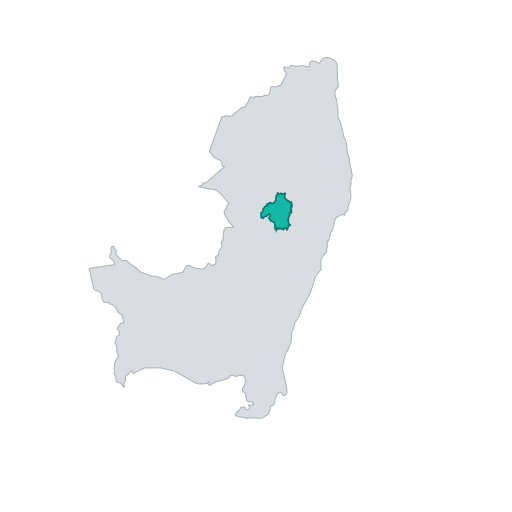 location of Satipo, Junín, Peru, rotated 229°
{"feature_id": "86281439B96037862179795", "entity_name": "Satipo", "entity_type": "district", "adm_level": 2, "iso_a3": "PER", "parent_name": "Peru", "parent_adm1": "Junín", "projection": "mercator", "projection_center": [-74.176, -11.56], "detail": "fine", "context": "in_parent", "style": "filled", "palette": "teal", "viewbox_px": 512, "rotation_deg": 229, "n_neighbors": 0, "source": "geoboundaries", "source_scale": "gbopen_adm2", "svg_char_len": 8832}
<svg xmlns="http://www.w3.org/2000/svg" viewBox="0 0 512 512"><g transform="rotate(229 256 256)"><path d="M357.7,152.9L357.5,154.2L355.9,154.9L354.4,153.9L352.2,154.2L348.8,151.2L340.9,151.7L337.4,155.2L332.1,156.0L326.3,157.6L319.8,158.3L309.6,164.0L307.2,166.4L302.6,169.7L298.8,170.9L296.9,181.2L293.2,187.3L291.8,190.6L293.8,195.6L293.8,198.1L291.7,200.1L290.0,200.3L286.5,202.4L281.2,207.0L280.3,210.5L282.0,215.2L281.4,215.7L277.1,216.6L277.2,219.2L276.3,220.2L280.0,223.9L282.0,224.8L282.1,225.7L281.8,226.7L281.0,227.1L280.9,227.9L283.5,230.7L285.5,236.3L289.3,239.0L289.3,240.8L290.4,242.5L292.4,243.9L297.0,249.5L297.1,252.1L292.3,258.0L300.3,258.0L309.0,260.0L310.3,261.0L311.3,263.7L311.4,265.4L313.2,266.8L313.0,270.1L324.6,270.2L332.0,269.3L344.1,259.4L346.1,258.5L345.1,260.7L344.9,262.3L345.6,264.0L344.1,266.4L344.0,290.7L346.2,289.4L349.1,291.7L351.1,291.9L357.8,289.1L365.5,289.5L383.5,321.5L381.9,323.6L382.0,325.3L379.8,326.7L377.6,329.3L377.5,342.0L375.6,345.9L376.7,347.9L377.7,352.0L379.3,354.4L379.7,356.0L379.6,356.6L377.0,358.0L376.9,360.3L372.4,364.9L371.6,368.0L369.9,369.0L369.6,372.5L373.7,378.2L371.1,381.6L368.7,386.7L372.8,397.3L374.4,398.9L376.2,398.8L378.9,399.7L380.3,401.3L377.0,403.3L376.5,404.2L376.7,407.7L373.1,410.3L368.3,417.1L367.0,417.4L364.5,419.4L364.1,420.5L364.5,421.4L366.6,423.4L366.8,425.9L363.3,428.9L360.9,429.3L360.0,430.1L361.0,434.2L361.0,436.1L360.2,438.3L358.5,440.7L353.3,443.2L348.6,443.7L340.5,437.5L338.0,434.9L330.0,429.6L328.8,424.1L326.1,421.4L321.2,419.4L317.3,416.6L314.4,415.3L307.3,409.1L300.7,407.1L288.5,400.6L281.9,398.4L273.4,392.4L268.9,390.7L265.2,387.9L254.1,381.9L252.4,380.0L250.7,377.0L248.2,375.2L245.5,371.2L241.4,368.8L237.4,365.6L232.5,357.2L230.2,355.2L230.1,351.4L228.5,349.6L230.8,348.4L232.4,342.4L231.6,339.4L225.9,331.4L224.9,328.1L220.8,322.0L219.3,318.3L216.0,315.6L214.7,313.3L212.8,312.3L212.7,309.5L211.5,304.2L209.7,301.5L203.2,296.4L202.5,291.0L201.1,287.2L192.0,271.9L186.8,257.2L182.4,249.0L180.6,244.3L180.4,241.8L177.1,237.5L175.4,233.5L168.0,225.9L163.7,217.4L163.2,214.9L160.3,210.3L155.6,204.2L153.2,201.8L139.1,194.3L132.4,189.8L131.7,187.4L132.0,186.1L133.5,184.8L135.5,185.8L136.7,185.4L137.7,183.7L137.7,181.2L136.4,178.0L131.9,171.8L133.1,168.9L128.5,161.7L129.6,154.7L130.6,152.9L137.5,145.8L139.4,142.7L142.3,140.8L145.3,138.0L148.9,135.8L149.9,136.5L151.0,140.3L150.8,142.9L151.8,145.7L149.3,148.3L146.6,147.7L145.6,148.4L145.2,149.6L145.6,151.5L146.3,152.3L148.3,152.4L145.6,156.1L145.8,156.8L147.7,157.5L149.5,156.6L151.5,154.4L152.6,154.1L159.5,157.8L162.7,157.3L165.2,159.1L165.5,161.7L168.9,166.9L174.1,168.2L174.9,167.7L176.1,165.8L177.2,165.5L177.5,162.6L181.9,159.5L182.6,157.4L182.0,155.9L182.1,154.7L184.7,147.9L185.5,147.2L186.3,145.0L187.3,143.6L188.8,136.0L190.0,136.0L191.2,137.8L192.6,137.4L191.8,135.6L192.1,135.0L197.0,128.9L198.6,127.6L222.4,119.1L234.3,110.5L244.7,98.3L248.0,86.1L249.2,87.0L251.2,86.7L250.5,81.7L251.0,79.4L250.9,78.7L247.7,75.7L246.3,72.5L243.5,70.7L243.6,70.0L246.6,70.6L249.4,70.3L251.7,68.3L253.4,68.5L257.3,71.3L260.2,71.5L261.2,73.5L264.0,74.9L268.0,79.2L269.8,83.8L269.6,84.6L271.4,87.0L275.3,88.2L279.1,91.6L283.1,92.6L284.9,95.7L286.0,96.7L286.6,98.4L285.9,100.5L286.5,101.6L289.5,103.4L292.0,103.5L292.6,104.4L294.0,109.4L293.0,112.0L293.4,113.4L296.7,114.6L297.7,115.7L300.3,116.0L304.1,114.9L308.7,116.4L312.3,115.9L313.9,115.5L315.6,114.3L317.0,114.4L320.7,111.1L321.7,110.9L325.6,112.3L328.8,114.5L332.9,114.1L334.5,112.7L337.5,112.0L342.8,114.7L343.9,116.0L345.4,116.2L351.0,118.9L352.1,120.0L355.1,121.1L355.7,121.9L355.5,122.9L342.2,143.7L346.3,145.5L350.1,144.4L352.1,145.8L353.6,149.2L356.6,151.4L357.7,152.9Z" fill="#d9dde1" stroke="#a8b0b8" stroke-width="1"/><path d="M265.0,288.8L264.4,288.7L264.0,288.6L263.8,288.3L263.6,288.2L263.6,287.9L263.4,287.8L262.7,288.1L262.6,288.3L262.4,288.2L262.2,288.1L262.4,288.4L262.2,288.8L262.4,289.2L262.3,289.4L262.4,289.5L262.5,289.6L262.9,289.7L263.1,289.6L263.7,289.8L263.8,290.0L263.4,290.5L263.0,290.8L262.9,290.7L262.6,290.7L262.4,290.9L262.0,290.9L261.9,291.0L261.8,290.9L261.6,290.9L261.3,290.8L261.2,291.2L261.3,292.0L261.0,292.0L260.9,292.2L260.9,292.3L260.7,292.3L260.7,292.5L260.4,292.5L260.0,292.8L259.9,292.9L259.9,293.1L259.7,293.1L259.4,293.1L259.3,293.3L259.1,293.4L259.2,293.6L258.9,293.7L258.7,293.9L258.3,294.0L258.4,294.4L258.3,294.5L258.1,294.4L258.2,294.7L258.0,295.0L258.2,295.4L258.4,295.3L258.5,295.5L258.3,295.6L258.4,296.1L257.9,296.2L257.7,296.5L256.9,296.7L256.0,296.6L255.5,296.8L255.3,296.6L255.2,296.9L255.3,297.1L255.5,297.3L255.7,297.5L256.2,298.0L256.3,298.1L256.5,298.2L256.3,298.5L256.2,298.7L256.7,299.3L256.8,299.5L257.0,299.8L257.2,300.0L257.5,300.1L257.6,300.3L257.9,300.4L257.9,300.6L257.1,300.9L257.3,301.2L257.1,301.3L257.0,301.6L256.7,301.9L256.7,302.1L256.8,302.3L257.1,302.3L257.4,302.2L257.6,302.0L257.6,301.8L257.7,301.7L257.9,301.4L258.0,301.4L258.6,301.7L258.8,301.8L259.1,302.1L259.4,302.3L259.5,302.4L259.8,302.6L260.0,302.6L260.3,302.8L260.5,302.9L260.9,302.8L261.0,303.1L261.3,303.0L261.5,303.0L261.8,303.2L261.7,303.5L261.9,304.1L262.1,304.4L262.3,304.2L262.7,304.1L262.8,304.3L263.0,304.5L263.2,304.9L263.4,304.9L263.4,305.5L263.5,305.8L263.5,306.0L263.8,306.2L263.8,306.4L264.0,306.6L264.2,306.8L264.1,307.1L264.4,307.4L264.3,307.6L264.3,307.9L264.5,308.0L264.6,308.5L264.9,308.7L265.3,308.6L265.6,308.6L265.8,308.8L265.8,309.0L266.1,309.4L266.5,309.3L266.5,309.5L266.4,309.6L266.2,309.8L266.3,310.2L266.3,310.6L266.2,310.8L265.4,310.8L265.3,311.0L265.7,311.4L266.1,311.5L266.3,311.5L266.5,311.8L266.7,311.6L266.8,311.7L267.0,311.8L267.3,311.9L267.2,312.1L267.5,312.0L267.6,312.5L267.9,312.5L268.0,312.7L268.0,312.8L267.9,312.9L267.9,313.0L268.1,313.3L268.3,313.2L269.0,313.9L269.3,313.9L269.3,314.1L269.1,314.2L269.1,314.3L269.2,314.5L269.4,314.5L269.5,314.6L269.3,314.8L269.4,315.1L269.6,315.1L269.7,315.5L270.0,315.9L270.1,315.7L270.3,315.8L270.5,315.7L270.5,315.9L270.6,316.1L270.9,316.0L271.2,316.4L271.4,316.4L271.4,316.7L271.7,316.6L271.8,316.8L272.0,316.8L271.9,317.0L272.0,317.1L271.9,317.2L272.0,317.3L272.3,317.3L272.5,317.3L272.6,317.6L272.8,317.6L273.0,317.5L273.4,317.8L273.5,317.6L273.8,317.9L273.9,318.0L274.1,317.7L274.3,317.6L274.4,316.9L275.2,316.8L275.3,316.7L275.6,316.5L275.9,316.8L276.4,316.9L276.6,316.7L276.6,316.4L276.8,316.1L277.1,316.0L277.4,315.9L277.6,315.7L277.9,315.7L278.4,316.2L278.7,316.0L278.9,315.9L279.2,316.0L279.5,316.0L279.8,315.8L280.4,315.6L280.5,315.9L281.0,316.0L281.2,316.3L281.4,316.4L281.7,316.6L282.0,316.5L282.4,316.7L282.6,317.3L283.2,317.9L283.2,318.0L283.3,318.4L283.3,318.5L283.7,318.9L283.9,318.8L284.3,318.9L284.3,319.1L284.5,319.1L284.6,318.9L284.7,318.7L284.7,317.6L285.0,316.8L285.3,316.8L285.5,316.5L286.0,316.3L286.5,316.3L287.1,316.0L287.1,315.6L287.3,314.9L287.6,314.3L287.9,314.2L288.1,314.1L288.5,314.0L289.2,313.9L289.2,313.7L289.4,313.4L288.8,313.2L288.4,313.0L288.6,312.7L288.3,312.4L288.5,312.0L288.5,311.5L288.4,311.2L288.0,311.4L288.0,311.2L287.7,311.0L287.7,310.9L287.9,310.7L287.6,310.3L287.6,309.9L287.4,309.8L287.2,309.7L286.7,308.9L286.6,308.6L286.2,308.3L285.5,308.1L285.3,308.1L284.9,307.7L284.8,307.4L284.8,306.8L284.8,306.4L285.0,306.2L285.0,305.8L284.8,305.3L284.2,304.5L284.3,304.1L284.8,303.2L285.2,302.7L286.4,302.1L286.6,301.9L286.6,301.7L286.9,301.6L287.4,301.5L287.4,300.9L286.9,300.2L287.1,299.7L287.3,299.6L287.4,299.3L287.5,299.2L287.9,298.8L288.1,298.4L287.5,298.1L287.2,297.8L287.1,297.6L286.9,297.8L286.8,297.7L286.7,297.6L286.9,297.2L287.0,296.8L287.3,296.7L287.2,296.4L287.4,296.0L287.4,295.7L287.5,295.4L287.5,295.2L287.3,294.8L287.3,294.5L287.2,294.3L287.2,294.2L286.9,293.2L287.1,293.0L287.0,292.6L287.0,292.4L286.8,291.9L286.7,291.8L286.3,291.7L286.0,291.7L285.6,291.5L285.6,291.0L285.4,290.8L285.4,290.6L285.3,290.0L285.0,289.6L285.2,289.2L285.1,288.6L285.3,288.0L285.2,287.6L284.9,287.5L284.2,287.4L283.2,286.5L283.1,286.3L283.1,286.2L282.9,286.2L282.6,285.9L282.3,285.8L282.1,285.6L281.8,285.5L281.7,285.1L281.2,285.1L280.8,285.4L280.7,285.6L280.8,285.9L280.8,286.1L280.6,286.4L280.1,286.4L280.2,286.5L280.1,287.0L280.0,287.3L280.1,287.6L280.0,288.1L280.1,288.3L280.0,288.5L279.9,288.7L279.9,288.9L279.3,289.7L279.2,289.9L279.2,290.1L279.1,291.2L279.1,292.0L279.1,292.6L279.2,293.2L279.2,293.5L279.3,293.9L279.0,294.0L278.6,294.0L278.4,293.8L278.1,293.5L277.7,293.5L277.3,293.6L277.2,293.4L276.9,293.1L276.8,292.8L276.8,292.5L276.7,292.4L276.8,292.3L276.8,292.0L276.6,291.4L276.6,291.1L276.2,290.4L275.7,290.3L275.1,290.4L274.3,290.3L274.0,290.4L273.6,290.3L273.5,290.5L273.2,290.5L272.8,290.4L272.7,290.2L272.4,290.5L272.3,291.0L271.2,290.9L270.7,291.2L270.0,291.3L269.5,291.7L268.9,291.7L268.5,291.5L268.3,291.4L267.3,290.6L266.4,290.5L266.2,290.3L266.2,289.8L266.1,289.5L265.6,289.1L265.0,288.8Z" fill="#14b8a6" stroke="#0f766e" stroke-width="1.5"/></g></svg>